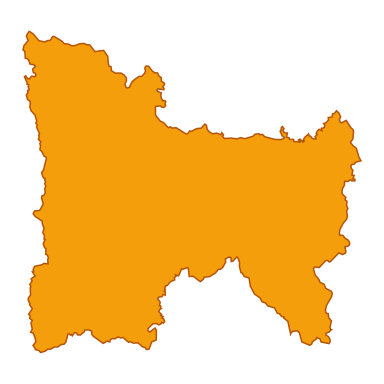 Ambatofinandrahana, Amoron'i Mania, Madagascar (Mercator projection)
{"feature_id": "10022922B11162683268422", "entity_name": "Ambatofinandrahana", "entity_type": "district", "adm_level": 2, "iso_a3": "MDG", "parent_name": "Madagascar", "parent_adm1": "Amoron'i Mania", "projection": "mercator", "projection_center": [46.283, -20.456], "detail": "fine", "context": "isolated", "style": "filled", "palette": "amber", "viewbox_px": 384, "rotation_deg": 0, "n_neighbors": 0, "source": "geoboundaries", "source_scale": "gbopen_adm2", "svg_char_len": 5864}
<svg xmlns="http://www.w3.org/2000/svg" viewBox="0 0 384 384"><path d="M152.4,71.2L148.7,66.3L146.1,65.9L144.8,67.9L145.5,70.8L144.8,73.0L141.7,76.5L139.1,76.3L135.3,79.0L132.1,81.7L129.2,87.5L127.2,88.1L125.7,86.8L125.0,83.7L126.5,80.9L126.3,77.7L124.2,75.1L121.0,73.1L115.3,73.1L111.5,70.8L111.0,66.6L109.3,66.3L108.5,64.6L107.7,56.3L103.6,50.4L94.9,51.6L89.7,44.9L86.8,44.8L84.3,43.5L79.8,43.7L75.2,45.5L71.8,45.8L68.6,44.1L64.3,43.7L61.7,41.0L53.8,36.3L52.5,36.7L50.3,40.3L47.4,40.6L44.8,42.0L39.0,40.7L33.3,34.0L29.8,31.6L29.0,31.5L26.8,35.0L26.4,36.4L28.2,40.5L23.9,45.7L23.0,50.0L24.8,51.3L25.3,58.4L26.7,58.4L28.5,59.8L30.0,64.1L34.2,64.9L35.4,66.5L32.6,69.1L33.3,72.6L34.8,72.9L35.9,75.0L35.1,76.7L31.8,76.1L29.1,79.1L27.4,78.4L25.7,75.8L24.4,76.8L27.2,82.8L27.0,84.3L28.7,84.8L28.2,86.9L29.2,89.2L28.9,90.1L27.6,90.4L27.9,92.6L26.3,95.2L27.6,99.5L30.3,101.6L29.9,107.2L31.1,110.8L34.8,114.8L36.8,120.9L35.8,123.1L37.3,124.9L36.6,127.3L39.5,133.6L38.7,135.0L39.1,137.2L38.4,139.4L40.8,141.8L39.8,143.7L40.5,145.4L39.9,149.7L41.8,151.6L44.2,156.3L45.8,156.8L46.4,158.3L43.4,170.2L41.6,172.4L42.6,176.1L43.8,178.1L45.1,178.4L44.7,179.9L45.6,181.8L44.7,183.7L45.8,185.9L44.7,189.1L45.3,192.3L44.0,195.2L41.9,196.0L41.5,197.8L43.2,203.8L40.3,209.5L39.0,210.6L34.6,210.9L33.2,213.7L35.0,216.3L42.3,221.2L42.2,223.5L44.0,228.3L42.8,232.7L44.4,235.5L44.1,239.2L45.2,239.5L43.2,243.7L44.7,247.9L46.0,248.4L45.7,254.3L47.3,255.0L48.4,257.8L47.7,259.6L48.1,263.9L43.7,263.4L42.3,264.7L34.6,266.3L33.1,269.6L33.6,271.7L32.3,271.9L35.1,275.9L31.1,278.9L32.1,281.0L29.8,284.5L30.9,286.4L30.2,288.1L30.6,294.9L28.3,298.2L28.2,300.2L29.8,303.4L29.6,304.7L32.3,308.8L28.6,314.3L30.3,316.3L29.6,318.3L32.3,320.5L30.9,323.0L32.3,329.1L30.6,332.3L33.2,333.1L35.2,338.2L35.8,342.0L33.0,345.4L35.2,348.4L35.2,349.5L38.8,350.5L40.6,352.5L45.1,351.2L48.0,349.1L50.7,349.2L54.3,346.9L57.7,347.0L61.4,344.4L64.0,344.3L65.9,342.0L68.0,334.1L69.3,333.7L70.7,335.1L71.6,334.5L72.3,335.8L74.4,332.7L75.4,332.8L76.7,333.1L77.4,334.9L80.4,335.0L84.3,331.8L84.8,330.1L88.5,329.8L91.6,331.1L91.8,334.3L93.2,336.2L103.2,343.4L107.1,341.1L109.9,341.9L110.3,339.6L112.7,338.5L115.1,338.8L117.8,336.9L120.8,338.0L123.0,337.5L128.6,342.3L130.6,341.7L133.1,343.1L138.1,342.9L142.4,346.8L145.0,347.4L146.3,349.5L149.1,349.1L151.7,341.9L156.2,340.1L156.4,330.2L155.0,328.0L149.9,332.0L148.0,330.7L147.9,328.8L153.0,323.7L156.5,323.6L158.8,324.9L161.2,323.7L161.7,322.3L163.3,323.2L164.7,321.3L163.7,318.9L161.8,317.9L163.1,316.7L160.8,315.5L161.7,314.7L158.8,311.7L159.8,309.4L161.3,308.6L160.6,308.0L160.8,306.1L159.4,305.7L160.2,302.2L157.6,298.6L158.6,297.2L162.1,296.6L162.9,294.6L165.3,295.1L165.3,291.4L164.1,291.1L165.4,289.2L164.7,288.5L165.5,285.9L167.3,285.5L170.5,281.7L174.7,279.9L174.4,277.7L176.1,276.2L175.6,274.8L178.5,275.9L181.7,268.8L182.6,269.3L187.5,267.6L188.3,268.2L189.2,276.5L193.0,276.2L200.3,281.7L203.3,279.3L204.1,277.3L209.7,276.6L215.6,272.8L218.5,269.2L220.4,269.3L222.8,267.3L225.8,261.7L225.2,259.2L228.7,257.1L230.9,257.5L231.3,261.6L232.7,261.3L236.9,257.0L237.9,257.8L239.6,262.5L239.4,266.4L241.0,272.7L242.1,273.0L244.4,276.6L249.0,277.9L250.4,286.3L254.5,294.0L260.0,297.9L262.0,301.7L265.6,303.1L267.9,306.0L274.5,307.8L277.4,313.4L279.5,313.7L281.6,316.5L283.9,317.0L283.7,318.0L287.8,321.2L290.6,334.0L291.2,332.5L293.2,331.2L297.4,330.9L299.6,333.3L301.8,341.9L309.8,345.3L311.7,344.0L312.4,341.8L316.4,338.9L316.7,337.6L320.0,338.9L321.1,342.0L329.0,343.6L330.2,341.4L329.9,339.2L328.3,336.5L326.0,335.1L325.9,333.3L329.2,331.9L331.5,329.6L330.5,329.4L330.0,327.3L331.4,320.8L328.7,317.7L328.2,313.6L326.0,313.1L325.4,310.1L326.7,305.0L331.5,296.9L332.2,293.9L331.6,291.4L325.7,288.3L324.1,284.3L320.0,282.3L318.9,279.4L315.1,274.8L313.4,268.7L314.8,267.0L319.3,267.5L325.7,260.6L327.7,260.5L329.2,262.0L330.2,261.8L338.9,252.9L342.6,254.5L345.4,253.2L345.9,251.9L345.0,246.9L348.3,245.9L349.5,244.7L349.6,242.6L348.3,240.2L345.4,238.5L342.7,235.3L339.7,235.2L339.4,232.6L340.0,229.4L343.3,223.1L346.5,219.4L347.4,216.4L346.6,210.9L347.9,208.5L346.6,205.7L347.0,201.2L345.0,199.8L345.9,197.4L342.6,194.3L342.0,192.6L342.3,189.0L344.4,185.2L344.6,181.3L348.1,181.4L350.5,179.7L351.7,180.8L354.9,180.9L354.9,179.2L352.9,178.9L354.2,175.4L351.9,175.1L352.9,170.2L351.5,168.7L350.8,166.0L351.9,164.5L354.2,164.2L355.7,162.2L361.0,160.8L359.0,157.4L356.3,148.1L352.8,145.6L350.5,142.3L352.9,138.9L353.6,131.3L353.0,129.6L350.8,127.6L346.2,120.4L341.6,122.8L340.5,122.5L339.4,119.9L340.6,116.8L338.9,113.0L336.5,110.8L334.2,113.6L332.5,113.8L332.1,116.9L328.2,117.6L328.5,120.1L325.7,122.9L323.6,123.5L324.8,125.1L324.3,127.6L321.3,128.4L321.9,130.7L319.0,129.3L317.4,130.9L316.1,133.8L317.2,134.8L315.0,136.6L316.0,138.2L315.6,139.3L312.0,138.2L310.6,136.2L309.2,135.9L308.6,133.9L304.8,137.3L303.2,140.1L304.3,140.9L303.2,142.1L299.9,139.1L298.4,140.1L300.3,141.2L300.2,142.1L293.8,141.5L293.6,139.4L289.5,139.4L289.1,137.8L286.5,137.1L287.4,133.0L284.9,133.0L282.8,130.8L284.0,128.7L282.4,126.6L281.4,127.3L281.2,129.5L280.1,131.1L282.1,135.7L284.2,137.4L283.6,138.5L281.0,139.6L274.8,139.4L264.6,136.7L262.6,134.4L259.9,134.8L258.9,133.7L255.1,134.2L252.7,136.4L244.7,138.7L240.7,137.6L237.1,138.9L231.3,138.1L224.5,138.5L222.5,136.4L223.6,134.8L221.7,132.6L220.7,134.8L216.9,133.1L212.5,133.8L209.1,131.8L207.2,129.3L206.4,125.1L204.8,124.1L201.3,128.1L196.6,128.6L191.3,131.4L189.6,130.9L187.8,133.6L186.0,133.9L176.1,127.7L172.0,128.1L170.5,126.8L168.3,127.7L163.4,122.5L160.2,121.1L155.5,115.0L155.5,106.5L160.3,105.8L161.3,107.0L163.6,107.5L165.6,105.8L165.0,103.6L165.8,101.6L164.7,100.5L162.9,100.9L161.4,98.4L160.8,95.4L161.3,92.8L157.8,91.6L156.9,90.2L157.9,88.9L163.9,89.7L164.0,88.4L162.8,86.8L164.5,84.5L164.4,83.2L161.4,81.2L161.2,77.5L159.1,76.2L157.5,72.9L154.7,72.8L152.4,71.2Z" fill="#f59e0b" stroke="#b45309" stroke-width="1.5"/></svg>